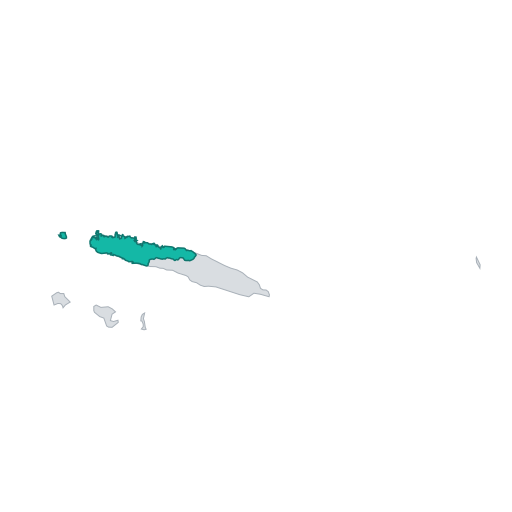 Sud on a map of New Caledonia (orthographic projection), rotated 159°
{"feature_id": "NCL-1259", "entity_name": "Sud", "entity_type": "Province", "adm_level": 1, "iso_a3": "NCL", "parent_name": "New Caledonia", "parent_adm1": "", "projection": "orthographic", "projection_center": [166.304, -21.993], "detail": "fine", "context": "in_parent", "style": "filled", "palette": "teal", "viewbox_px": 512, "rotation_deg": 159, "n_neighbors": 0, "source": "natural_earth", "source_scale": "10m", "svg_char_len": 7182}
<svg xmlns="http://www.w3.org/2000/svg" viewBox="0 0 512 512"><g transform="rotate(159 256 256)"><path d="M265.6,218.7L271.3,222.0L277.3,220.5L285.0,225.7L304.5,241.5L311.3,244.9L315.3,246.1L318.4,248.7L321.1,252.4L324.8,255.0L326.4,257.4L326.8,260.7L328.2,262.7L334.9,268.0L339.0,272.6L344.5,275.0L347.0,277.7L350.1,279.1L353.3,281.9L358.6,284.1L370.9,292.3L380.3,300.1L384.9,304.9L390.0,309.2L396.4,312.6L402.5,316.6L405.5,325.7L403.8,329.0L400.3,330.6L397.1,330.7L394.1,331.8L384.1,325.9L381.7,325.0L379.0,325.4L377.5,324.0L376.4,322.2L370.3,320.0L364.6,316.4L362.9,314.1L362.0,311.1L360.6,309.4L352.5,306.8L347.1,303.9L343.1,299.8L337.0,297.0L327.4,291.2L322.4,289.4L318.1,286.5L306.5,276.0L302.4,274.1L298.8,269.4L288.7,258.3L283.9,253.7L278.6,249.7L274.5,245.0L271.4,239.3L264.1,231.3L263.2,227.8L263.4,224.2L261.7,221.9L258.7,220.6L257.3,218.2L257.4,214.9L258.4,213.3L265.6,218.7ZM425.5,267.0L422.8,267.5L419.2,263.6L412.2,261.6L409.2,258.2L407.2,254.2L411.2,253.3L415.1,247.9L412.5,245.9L407.9,245.5L408.4,243.4L415.9,241.0L419.1,242.4L420.5,244.2L420.3,252.6L423.6,255.4L427.0,261.4L427.0,263.1L425.5,267.0ZM455.7,281.7L458.1,282.7L462.1,282.6L461.1,291.7L455.4,293.1L453.4,293.0L452.2,291.1L448.9,289.8L449.1,286.6L446.0,279.6L451.5,278.6L454.7,276.8L454.5,278.5L454.9,280.5L455.7,281.7ZM383.0,242.2L380.4,242.7L383.6,237.8L383.7,234.8L385.0,228.9L384.8,227.0L386.9,227.2L389.2,228.9L386.6,230.4L385.7,232.9L385.8,236.1L386.8,236.7L385.1,240.2L383.0,242.2ZM432.0,345.2L430.5,347.2L428.5,346.8L427.1,346.0L426.0,344.9L427.1,340.8L431.3,342.9L432.0,345.2ZM51.4,174.8L50.6,176.0L49.9,167.5L51.4,164.3L52.4,170.8L51.4,174.8Z" fill="#d9dde1" stroke="#a8b0b8" stroke-width="1"/><path d="M359.9,286.3L360.6,285.9L361.6,285.9L362.4,286.4L365.0,288.7L365.3,288.9L365.9,289.0L366.2,289.2L366.7,290.2L368.4,291.3L370.2,292.2L374.2,293.5L374.2,293.8L372.8,293.8L372.8,294.2L373.1,294.4L373.3,294.7L373.3,295.0L373.5,295.3L373.8,295.4L374.5,295.5L376.2,296.0L376.9,296.3L377.5,297.3L379.4,298.8L379.6,299.2L379.8,300.1L380.1,300.6L380.4,300.8L381.3,301.2L380.9,301.5L382.0,302.5L384.2,305.0L385.2,305.5L386.1,306.2L387.4,307.6L388.6,308.5L389.1,307.7L390.8,308.9L391.4,309.2L391.4,309.6L391.1,309.8L390.7,310.0L390.2,310.2L389.8,310.3L389.8,310.7L390.2,310.9L391.6,310.7L392.3,310.8L392.8,311.1L393.2,311.2L393.5,311.0L393.8,312.0L394.4,312.5L395.2,312.7L396.2,312.9L399.1,313.6L399.8,314.0L402.3,316.0L402.8,316.7L403.3,317.7L403.4,318.1L403.3,319.5L403.1,319.8L402.8,320.2L402.7,320.5L403.5,320.6L403.9,320.8L404.3,321.4L405.0,322.5L406.7,323.9L407.0,324.5L406.9,324.9L406.6,325.0L406.2,325.0L406.0,325.4L406.1,325.7L406.4,326.1L406.6,326.5L406.5,327.0L406.3,327.4L405.9,328.7L405.6,329.4L405.3,329.7L404.9,330.1L404.8,329.9L404.7,329.7L404.4,329.8L404.2,330.0L403.6,330.3L403.3,330.5L403.4,330.8L403.6,331.2L402.0,332.5L401.1,332.9L399.9,332.7L400.9,332.3L401.3,332.0L401.6,331.6L400.8,331.6L400.5,331.7L400.1,331.2L399.8,330.5L399.4,329.8L399.2,329.6L399.1,328.9L398.7,329.3L398.4,330.1L398.4,330.5L397.9,330.2L397.7,329.7L397.5,329.1L397.2,328.6L397.4,328.6L397.8,328.3L397.4,327.6L396.9,327.8L396.6,328.5L396.4,330.0L396.3,330.3L396.3,330.6L396.5,331.2L396.6,331.3L397.5,331.9L397.0,332.1L396.3,331.9L395.7,331.8L395.5,331.7L395.3,332.0L395.0,332.3L394.6,332.6L394.3,332.7L393.0,332.4L392.4,331.7L392.4,331.0L393.4,330.4L393.4,330.1L392.5,330.2L391.4,330.1L390.7,329.6L391.1,328.6L390.7,328.3L390.0,328.5L388.8,328.1L387.8,327.3L387.4,326.6L387.1,326.5L386.0,327.0L385.5,327.1L385.1,327.0L383.9,326.5L383.4,326.2L383.3,325.7L383.6,325.4L383.8,325.1L383.3,324.5L382.8,324.4L381.4,324.2L380.9,324.2L380.3,325.0L380.0,326.2L379.5,327.0L378.5,326.8L378.5,327.0L378.4,327.1L378.2,327.1L378.6,328.1L378.1,328.4L377.4,328.1L377.3,327.7L377.5,327.2L377.6,325.8L377.9,325.3L377.9,324.9L377.2,325.0L376.5,324.8L376.0,324.4L375.5,323.8L377.1,323.9L377.8,323.7L378.2,323.1L377.3,323.1L377.0,322.6L377.2,320.9L376.7,320.9L375.6,320.7L375.2,320.9L375.0,321.2L374.8,322.2L374.7,322.4L374.0,322.5L373.8,322.7L373.7,323.1L373.3,323.6L372.9,323.8L372.6,323.5L372.7,322.9L373.2,322.4L372.6,322.1L371.4,320.9L371.4,320.6L371.8,320.4L371.9,320.2L372.0,319.9L372.1,319.4L371.8,319.4L371.3,319.9L370.0,319.7L370.1,320.2L369.1,320.5L368.3,320.2L367.5,319.8L366.7,319.8L366.6,318.8L366.2,318.0L365.5,317.4L364.8,317.2L364.2,316.9L363.6,316.3L363.0,316.2L362.3,317.2L361.7,316.9L361.2,316.5L361.5,316.2L361.6,315.6L361.6,315.0L361.9,315.0L362.3,315.5L362.9,315.7L363.3,315.5L363.3,314.7L363.0,314.2L362.0,313.7L361.6,313.2L362.9,313.2L363.5,313.3L364.0,313.6L363.9,313.0L363.7,312.7L363.3,312.5L362.8,312.5L362.5,312.1L362.6,311.4L362.8,310.8L362.9,310.6L362.5,309.5L361.9,309.0L360.2,308.4L359.6,308.8L359.3,308.6L359.4,308.2L359.9,307.7L359.4,307.4L359.0,307.0L358.8,306.5L358.9,305.9L358.1,306.4L357.8,306.9L357.8,308.2L357.6,308.6L357.1,308.6L356.5,308.5L356.2,308.4L356.3,308.7L356.3,309.3L356.0,309.8L355.3,309.4L354.6,308.4L354.1,307.9L352.6,307.3L351.6,305.6L350.9,305.2L350.5,305.1L350.1,304.8L349.5,304.3L349.2,304.1L348.7,304.4L348.4,304.5L346.9,304.5L346.4,304.2L346.3,303.4L347.4,303.8L347.0,303.3L345.6,301.9L345.6,301.5L345.8,301.0L345.9,300.6L345.5,300.4L344.9,300.6L344.7,300.9L344.8,301.4L344.9,301.9L344.1,301.6L343.9,301.0L344.0,300.2L343.9,299.4L343.5,298.8L342.9,298.4L342.6,297.8L342.5,296.8L342.2,296.8L341.8,297.6L341.3,298.3L340.6,298.8L339.8,299.0L339.9,297.9L339.8,297.3L339.4,297.1L338.5,297.2L338.4,297.3L338.5,297.5L338.4,297.8L338.1,297.9L337.8,297.9L331.2,294.6L329.7,293.2L330.3,292.1L330.3,291.7L329.6,292.0L329.1,291.8L329.2,291.5L329.9,291.3L329.1,290.7L328.3,290.9L327.5,291.4L326.7,291.7L325.8,291.5L320.6,289.2L319.9,288.7L319.5,288.0L319.0,286.3L318.9,286.0L317.9,285.9L317.3,285.5L315.9,284.5L315.5,284.4L315.1,284.4L314.7,284.3L314.6,283.9L313.9,283.2L313.7,283.0L311.8,279.7L311.7,279.2L311.9,279.0L311.9,278.7L311.6,278.4L311.8,278.1L312.8,277.4L313.6,277.1L314.8,276.0L316.1,275.5L319.0,275.3L320.0,275.5L320.5,276.0L322.1,276.5L323.1,276.9L324.1,277.6L324.2,278.2L324.9,280.5L327.1,281.6L327.5,281.6L328.0,281.6L328.3,281.4L329.5,280.6L330.1,280.4L330.5,280.4L330.8,280.7L331.1,281.0L331.5,281.2L331.9,281.2L332.9,280.9L333.3,280.9L333.6,281.1L333.8,281.3L334.2,282.4L334.4,282.7L334.7,283.0L335.9,283.7L336.3,284.0L337.3,285.0L338.5,285.5L339.3,286.2L340.7,286.2L341.6,285.7L343.4,286.5L344.5,286.6L346.1,287.5L346.8,288.1L347.3,288.6L348.1,288.9L348.8,289.7L349.4,290.1L350.4,290.1L351.1,289.8L351.9,289.6L352.5,289.5L353.2,290.0L353.9,290.3L354.8,290.6L356.5,290.7L357.2,290.4L357.6,289.3L358.1,288.6L358.7,288.1L359.5,287.5L359.9,286.3ZM430.9,342.3L431.4,343.3L432.1,343.9L432.5,344.6L432.6,346.0L432.0,345.6L431.4,344.3L430.9,344.2L430.6,344.6L430.7,345.3L430.9,346.6L430.2,347.7L428.6,347.5L425.8,346.3L426.1,345.0L426.1,341.9L426.5,340.8L427.4,340.6L428.7,340.9L430.0,341.6L430.9,342.3ZM395.5,333.0L396.1,332.8L396.6,332.9L397.1,333.2L397.5,333.8L397.5,334.4L397.4,334.8L397.1,334.8L396.8,334.5L396.4,334.8L396.1,334.9L395.5,335.2L395.5,335.5L396.4,335.7L396.3,336.1L395.8,336.4L395.5,336.5L395.1,336.3L394.4,336.2L393.9,335.8L394.3,335.0L394.6,334.4L394.7,333.9L394.9,333.4L395.5,333.0Z" fill="#14b8a6" stroke="#0f766e" stroke-width="1.5"/></g></svg>